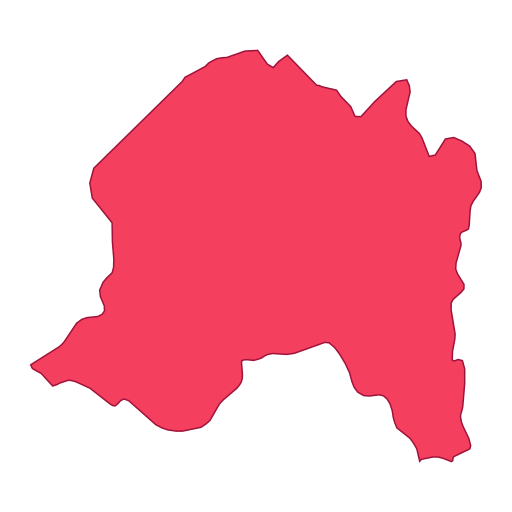 Región Metropolitana de Santiago, Equal Earth projection
{"feature_id": "CHL-2698", "entity_name": "Región Metropolitana de Santiago", "entity_type": "Region", "adm_level": 1, "iso_a3": "CHL", "parent_name": "Chile", "parent_adm1": "", "projection": "equal_earth", "projection_center": [-70.53, -33.621], "detail": "fine", "context": "isolated", "style": "filled", "palette": "rose", "viewbox_px": 512, "rotation_deg": 0, "n_neighbors": 0, "source": "natural_earth", "source_scale": "10m", "svg_char_len": 2304}
<svg xmlns="http://www.w3.org/2000/svg" viewBox="0 0 512 512"><path d="M406.8,79.8L407.0,80.5L409.3,85.6L410.1,92.0L405.9,109.9L406.0,116.2L408.0,121.6L411.5,126.1L419.4,133.5L421.9,137.7L429.2,156.4L435.3,155.0L445.4,139.0L453.7,137.5L462.0,141.1L469.7,146.1L475.0,153.5L476.9,170.5L481.1,181.4L481.3,187.5L479.5,192.3L473.3,201.1L470.9,205.8L470.1,210.9L469.2,225.4L468.4,229.0L466.6,230.1L461.9,232.1L460.5,233.5L459.6,236.8L460.0,239.5L460.8,242.2L461.0,245.5L456.0,263.1L455.7,269.1L457.7,274.2L464.0,284.4L463.9,289.0L461.0,292.4L453.0,299.5L451.2,303.1L451.1,309.8L455.1,333.9L454.8,339.3L452.5,351.4L452.2,360.0L454.3,361.0L458.1,359.5L462.4,360.6L464.7,369.0L464.7,383.3L462.7,407.0L461.6,411.6L460.7,414.2L460.5,417.0L461.5,422.2L463.0,426.3L468.8,438.4L470.7,445.8L469.8,448.9L453.6,456.7L453.0,458.3L452.8,460.5L451.4,461.6L443.1,458.3L438.3,457.1L433.4,456.9L421.5,459.3L419.7,461.3L416.8,448.9L413.9,443.7L410.0,438.3L396.9,427.9L394.7,422.5L393.3,417.6L392.3,410.9L390.0,403.8L387.0,398.9L383.4,395.8L379.3,394.8L369.3,396.0L363.8,395.6L357.9,392.3L354.2,387.4L351.9,381.5L349.6,372.9L345.3,363.6L339.4,353.8L334.7,347.6L329.1,342.8L324.8,342.4L294.4,353.3L286.7,354.4L272.5,353.5L267.4,354.5L264.3,356.1L261.7,357.9L258.2,359.2L253.6,360.4L246.9,359.7L243.9,359.9L241.9,360.6L241.5,362.8L242.4,373.6L242.4,374.1L242.3,378.4L241.2,382.2L239.5,385.0L236.9,388.2L223.3,399.8L219.4,404.0L210.0,420.4L205.9,424.0L201.0,427.3L182.6,431.1L176.1,431.1L167.8,429.9L161.9,427.9L155.7,424.6L128.6,400.6L124.0,399.0L120.6,400.6L118.1,403.4L115.1,405.9L112.5,405.5L110.0,403.9L89.9,388.2L75.8,381.7L71.2,380.5L68.1,380.3L59.2,383.3L57.2,384.5L52.7,386.0L41.3,373.5L33.4,369.2L32.1,368.0L30.7,364.8L58.8,347.0L61.9,344.4L64.4,341.5L76.7,323.1L81.9,319.3L87.1,317.6L97.8,316.5L102.1,314.3L104.5,310.9L104.3,305.9L100.4,296.6L99.7,290.1L103.1,282.3L106.8,277.8L112.2,272.7L113.6,267.3L113.8,259.0L112.4,241.7L112.1,222.8L92.3,198.1L89.8,183.1L93.8,168.2L182.2,81.5L185.0,77.3L205.2,66.5L208.7,63.0L210.1,62.1L216.6,58.7L222.5,57.7L226.8,57.5L244.8,51.1L257.7,50.4L267.3,64.1L273.2,67.6L278.8,61.4L287.4,55.2L316.7,85.3L319.2,85.5L322.0,86.8L336.6,90.2L340.8,96.4L350.8,106.7L355.0,116.4L360.9,116.7L374.8,101.5L396.3,81.5L406.7,79.8L406.8,79.8Z" fill="#f43f5e" stroke="#9f1239" stroke-width="1.5"/></svg>